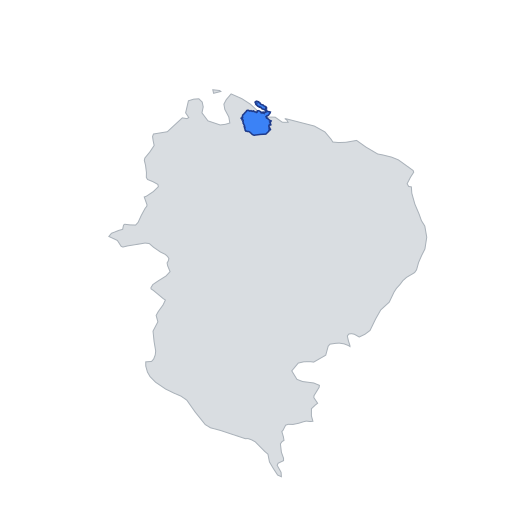 location of Kaoh Kong, Kaôh Kong, Cambodia, rotated 128°
{"feature_id": "14789045B37744308574617", "entity_name": "Kaoh Kong", "entity_type": "district", "adm_level": 2, "iso_a3": "KHM", "parent_name": "Cambodia", "parent_adm1": "Kaôh Kong", "projection": "natural_earth1", "projection_center": [103.11, 11.431], "detail": "fine", "context": "in_parent", "style": "filled", "palette": "blue", "viewbox_px": 512, "rotation_deg": 128, "n_neighbors": 0, "source": "geoboundaries", "source_scale": "gbopen_adm2", "svg_char_len": 7383}
<svg xmlns="http://www.w3.org/2000/svg" viewBox="0 0 512 512"><g transform="rotate(128 256 256)"><path d="M414.3,100.1L415.3,104.1L412.7,111.7L410.0,118.6L404.8,124.6L404.6,129.0L402.9,142.2L403.6,146.4L404.8,149.9L406.5,151.9L411.1,164.7L415.3,176.5L419.4,186.1L420.1,192.2L416.5,207.6L412.2,221.8L412.6,228.8L414.5,235.9L416.5,245.3L417.3,257.4L416.3,265.2L414.3,270.1L410.6,275.1L407.3,277.7L403.4,273.4L400.2,273.2L396.0,274.5L392.7,276.5L386.0,283.8L378.6,290.9L368.3,292.8L364.3,298.1L360.0,298.8L351.8,299.1L346.5,300.3L346.7,303.0L346.3,315.6L346.5,318.5L345.6,319.3L341.9,319.7L335.7,317.7L327.2,314.6L321.2,314.1L318.1,319.6L316.2,321.8L313.9,322.1L311.6,323.1L310.8,325.5L310.6,328.6L311.7,333.8L312.2,342.1L311.9,347.8L314.1,351.4L327.1,363.4L330.9,366.4L331.4,368.2L329.1,374.8L331.2,384.0L327.1,383.9L320.3,379.9L317.1,377.5L313.2,379.4L311.8,379.0L309.1,374.5L305.7,369.9L302.1,369.6L294.6,371.4L286.8,372.7L283.9,372.7L282.7,373.5L278.3,380.4L276.4,379.2L268.6,376.6L261.5,375.6L260.0,377.4L260.9,383.0L262.5,388.5L261.6,390.8L257.7,393.7L252.5,398.9L249.4,402.9L247.2,403.9L239.4,403.7L231.6,404.3L228.4,408.1L225.5,411.1L223.0,411.9L212.7,402.4L192.5,399.1L190.3,395.0L188.3,394.2L186.5,399.6L175.3,404.8L170.7,401.6L167.3,397.8L167.8,393.2L171.0,389.4L176.5,386.7L179.1,377.1L174.8,364.9L171.2,361.3L167.3,358.5L163.2,363.0L159.7,370.8L156.1,374.8L151.1,375.7L143.6,375.4L140.7,363.8L139.8,353.8L140.8,342.5L141.9,335.7L134.8,326.4L134.4,317.6L130.9,313.0L129.9,315.3L130.0,317.9L129.0,316.0L117.7,290.1L115.8,278.0L117.8,268.7L118.9,265.6L115.7,260.7L111.1,255.2L103.0,247.9L102.5,236.4L100.7,222.9L98.3,218.3L94.6,210.0L92.6,203.0L91.9,184.8L92.9,183.3L98.6,182.8L106.0,181.4L107.2,178.5L105.9,176.1L110.6,171.9L117.3,162.8L122.5,153.4L126.3,147.4L128.5,141.4L136.1,133.0L146.5,127.2L153.6,125.8L161.0,123.9L168.0,121.0L171.4,120.8L180.1,124.2L184.9,125.1L189.9,125.0L195.0,125.4L199.5,125.0L210.3,122.6L221.7,124.5L231.9,123.0L244.5,120.3L250.7,122.0L256.3,124.8L257.1,130.3L258.4,132.9L260.3,134.8L262.8,134.8L266.0,130.9L268.7,126.9L269.5,126.2L269.7,128.2L271.0,132.5L273.4,136.8L275.9,139.6L279.9,143.4L282.6,143.6L291.2,140.0L304.1,145.2L305.6,147.8L309.8,153.1L314.4,156.8L324.5,157.1L328.0,147.8L326.3,142.1L320.5,132.3L318.9,126.4L320.7,125.4L330.4,124.3L332.0,123.2L334.1,116.8L336.8,117.5L342.2,118.3L347.9,113.9L351.2,109.4L353.1,111.4L355.1,114.7L357.3,116.5L361.4,119.3L366.0,123.2L368.8,127.0L371.1,128.5L376.8,127.4L378.4,127.6L381.7,123.0L384.1,120.4L386.1,121.2L389.0,121.1L395.0,115.2L398.4,109.8L400.3,108.3L405.7,111.0L407.9,110.5L411.0,103.1L414.3,100.1ZM136.9,348.5L135.8,349.2L134.8,349.1L133.7,348.1L133.8,343.9L134.6,341.3L136.4,340.8L136.9,348.5ZM153.9,389.6L151.6,392.4L148.0,386.6L148.0,385.0L153.9,389.6Z" fill="#d9dde1" stroke="#a8b0b8" stroke-width="1"/><path d="M160.1,346.2L160.1,345.9L160.2,345.6L160.5,345.2L160.8,345.0L160.8,344.8L161.0,344.7L161.3,344.5L161.5,344.7L161.7,344.3L161.6,344.2L161.6,343.9L161.8,343.9L161.8,344.1L162.0,344.0L162.2,343.8L162.4,343.4L162.7,342.9L162.8,342.7L163.5,342.2L163.5,341.8L163.6,341.5L163.9,340.9L163.4,340.4L163.3,339.7L163.2,339.4L162.7,338.9L162.5,338.5L162.2,337.6L162.2,337.0L162.3,336.3L162.3,335.8L162.3,335.1L162.5,334.2L162.5,333.6L162.1,332.0L161.8,331.5L161.3,331.2L157.3,327.2L153.9,323.3L149.7,322.7L149.6,322.9L149.1,323.2L148.9,323.2L148.7,323.3L148.3,323.2L148.3,322.9L148.2,322.6L147.7,322.4L147.4,322.4L147.3,322.5L147.2,322.7L147.1,323.1L147.0,323.5L147.4,324.1L147.3,324.4L147.1,324.5L146.8,324.6L146.5,324.4L146.4,324.4L146.2,324.7L146.2,325.0L146.3,325.2L146.1,325.6L145.9,325.7L145.5,325.8L145.3,325.9L145.2,326.2L144.9,326.2L144.5,325.9L144.1,326.3L144.0,326.2L143.9,326.0L143.9,325.2L143.7,325.0L143.4,325.1L143.2,325.4L142.8,326.2L142.2,326.6L142.2,327.1L142.0,327.8L141.4,327.6L140.8,327.1L140.6,327.1L140.2,327.2L140.6,328.6L140.6,329.0L140.6,330.9L140.4,331.3L140.4,331.7L140.5,331.8L140.4,332.2L140.5,332.5L140.8,332.7L140.7,332.9L140.5,333.1L140.2,333.4L140.1,333.6L140.0,333.4L139.9,333.7L139.8,333.8L139.6,333.8L139.1,333.8L139.0,333.5L138.9,333.5L138.5,333.4L138.2,333.2L137.7,333.1L137.3,332.8L136.7,332.9L136.4,333.0L135.6,332.9L135.4,332.9L134.8,332.9L133.7,333.3L134.0,334.0L134.1,334.3L134.4,334.8L134.8,335.5L135.0,335.9L134.9,336.0L135.0,336.8L135.0,337.3L134.9,337.6L134.9,337.9L134.9,338.4L135.1,338.5L135.3,338.6L135.2,338.5L135.3,338.4L135.5,338.2L135.6,338.3L135.7,338.1L136.0,337.9L136.0,337.7L136.1,337.8L136.3,337.6L136.7,336.9L137.0,337.3L137.3,337.2L137.5,337.3L137.6,337.6L137.8,337.6L138.2,337.8L138.1,338.0L138.1,338.3L137.9,338.3L138.0,338.6L138.2,338.3L138.4,337.9L138.5,337.8L138.5,338.3L138.6,338.8L138.7,339.0L138.8,339.0L138.8,338.6L139.0,338.5L139.4,339.4L139.5,339.4L139.4,339.6L139.5,339.7L139.6,339.8L139.8,340.1L139.7,340.1L139.4,340.5L139.6,341.4L139.5,341.5L139.6,341.9L139.6,342.0L139.7,342.8L139.7,343.0L140.1,343.7L140.5,343.9L140.5,344.0L140.7,344.3L140.9,344.3L141.0,344.2L141.5,343.8L142.1,343.8L142.2,343.7L142.3,343.7L142.5,343.8L142.7,344.0L142.4,344.4L142.5,344.5L142.7,345.0L142.8,345.1L142.9,345.3L143.0,345.4L143.0,345.6L143.2,345.9L143.2,346.3L143.1,347.2L143.2,347.4L143.3,347.6L143.6,347.7L144.0,347.5L144.3,348.1L144.5,348.3L144.4,348.5L144.5,349.4L144.8,349.5L145.0,349.7L145.3,349.8L145.5,350.0L145.4,350.1L145.8,350.6L145.7,351.0L145.8,351.2L145.8,351.6L146.1,351.8L146.2,352.1L146.3,352.3L146.5,352.3L146.7,352.5L146.8,352.6L147.1,352.9L147.4,352.9L147.7,352.7L148.1,352.6L148.8,352.8L149.4,352.9L149.7,352.9L151.5,353.0L152.3,353.1L153.2,353.3L153.4,353.1L154.0,352.8L155.0,352.5L154.8,352.2L155.1,351.7L155.4,351.6L155.8,351.7L156.0,352.1L156.4,352.5L156.6,352.6L156.7,352.4L156.7,352.1L156.4,351.7L156.4,351.4L156.6,351.2L157.3,350.9L156.9,350.2L156.8,349.9L156.9,349.7L157.4,349.3L158.1,349.2L158.3,349.1L158.4,348.8L158.6,348.3L158.8,348.2L159.4,347.8L159.4,347.7L159.4,347.3L159.8,346.7L160.1,346.2ZM133.0,338.8L133.0,338.7L132.8,338.7L132.6,339.1L132.5,339.5L132.4,339.7L132.4,339.9L132.3,340.0L132.3,340.4L132.3,340.5L132.4,340.8L132.5,340.8L132.8,342.1L132.8,342.4L132.7,342.9L132.6,343.1L132.6,343.3L132.7,343.6L132.9,343.7L133.4,345.6L133.4,345.8L133.5,345.9L133.5,346.1L133.4,346.2L133.3,346.4L133.2,346.5L132.9,347.0L133.1,347.3L133.2,347.7L133.2,347.8L133.1,348.2L133.2,348.4L133.1,348.5L133.1,348.8L133.2,349.0L132.9,349.1L133.2,349.5L133.4,349.6L133.6,349.4L133.5,349.6L133.4,349.6L133.6,350.2L133.4,350.4L133.4,350.6L133.5,350.7L133.8,350.5L134.1,350.9L134.1,351.0L134.5,350.9L134.7,351.1L134.8,351.4L135.1,351.5L135.2,351.4L135.5,351.3L135.7,351.1L135.8,350.6L135.8,350.3L136.1,350.0L136.1,349.6L136.3,349.4L136.1,349.2L136.3,349.2L136.2,349.1L136.4,348.7L136.5,348.7L136.6,348.2L136.8,347.8L136.7,347.3L136.8,347.2L136.9,346.9L136.8,346.6L136.7,346.4L136.6,346.2L136.4,345.9L136.5,345.8L136.5,345.6L136.7,345.2L136.7,344.9L136.4,344.6L136.2,344.6L136.2,344.3L135.8,344.0L135.9,343.6L136.0,343.0L136.0,342.9L136.1,342.5L136.1,342.4L136.3,342.0L136.3,341.8L136.2,341.6L136.0,341.3L135.9,340.9L135.6,340.2L135.5,339.9L135.6,339.6L135.4,339.4L135.3,339.2L135.2,338.9L135.0,338.7L134.7,338.8L134.4,338.8L134.2,338.9L134.1,339.0L133.8,339.3L133.6,339.5L133.4,339.5L133.2,339.6L133.1,339.4L133.1,339.2L133.3,338.9L133.2,338.8L133.0,338.8ZM134.8,337.6L134.5,337.5L134.5,337.4L134.4,337.5L134.5,337.8L134.6,337.6L134.8,337.6Z" fill="#3b82f6" stroke="#1e3a8a" stroke-width="1.5"/></g></svg>